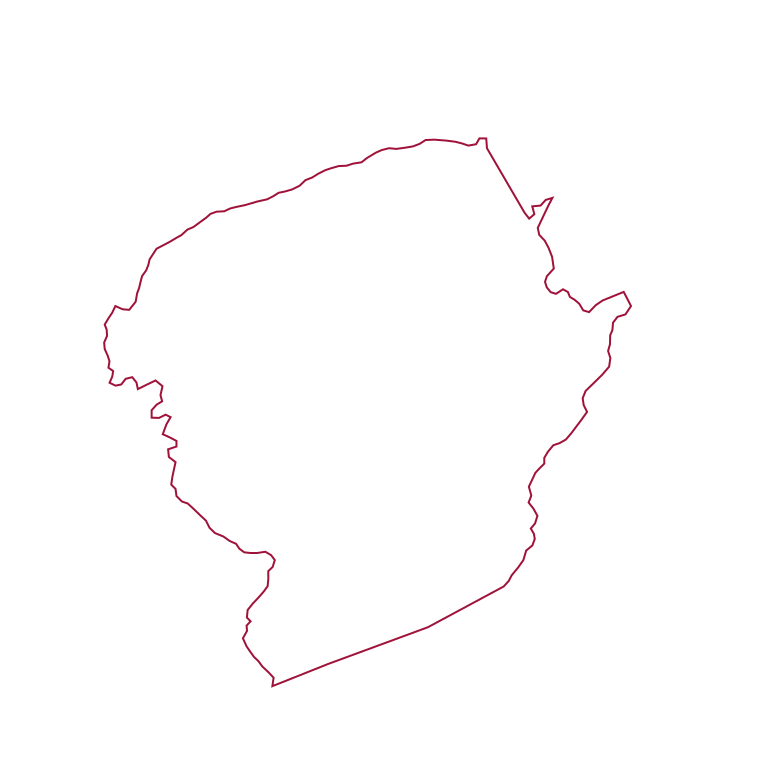 outline of Serra, Espírito Santo, Brazil, rotated 239°
{"feature_id": "56859067B13062321708335", "entity_name": "Serra", "entity_type": "district", "adm_level": 2, "iso_a3": "BRA", "parent_name": "Brazil", "parent_adm1": "Espírito Santo", "projection": "robinson", "projection_center": [-40.286, -20.137], "detail": "fine", "context": "isolated", "style": "outline", "palette": "rose", "viewbox_px": 768, "rotation_deg": 239, "n_neighbors": 0, "source": "geoboundaries", "source_scale": "gbopen_adm2", "svg_char_len": 2830}
<svg xmlns="http://www.w3.org/2000/svg" viewBox="0 0 768 768"><g transform="rotate(239 384 384)"><path d="M339.5,636.9L341.1,626.5L343.0,614.5L342.5,606.1L340.0,596.8L344.5,592.7L352.2,592.7L357.9,590.8L362.9,588.2L368.2,589.0L373.0,586.2L372.7,577.9L376.8,574.2L383.0,573.3L388.6,574.6L392.5,579.1L395.5,589.0L406.5,593.6L416.0,595.2L424.1,595.6L431.9,593.9L438.6,596.2L443.4,603.4L448.2,610.6L452.3,616.8L456.8,624.2L458.5,617.4L456.3,610.1L459.9,602.6L452.1,600.3L451.0,593.6L458.5,592.7L533.1,593.7L541.8,598.1L545.4,592.3L542.1,586.5L544.9,579.1L550.2,574.6L555.0,569.8L560.6,562.7L567.5,553.0L571.7,545.3L571.5,538.2L572.8,531.1L575.6,524.0L579.2,515.6L583.5,509.8L585.7,502.6L586.5,496.0L586.5,485.9L585.6,478.9L588.8,471.1L590.4,464.3L594.1,457.5L596.1,450.1L597.5,444.0L598.1,435.9L598.0,428.7L599.2,421.7L597.4,413.8L598.1,405.4L600.0,398.3L602.2,392.1L602.0,385.9L602.5,378.9L605.6,369.6L608.9,357.1L611.7,349.0L613.7,342.5L614.3,336.1L617.9,329.3L619.2,322.9L618.1,317.0L617.4,309.0L616.7,301.5L617.6,294.9L616.0,287.1L616.2,281.2L616.2,273.8L616.7,265.1L617.1,258.7L614.5,253.3L611.5,247.2L607.6,243.5L603.9,238.7L601.1,232.2L596.7,227.7L592.4,223.5L588.8,219.0L582.4,213.5L578.8,203.8L582.7,198.4L589.2,193.9L585.1,187.8L582.4,182.0L578.8,175.2L573.5,174.3L567.9,171.4L563.7,165.5L557.8,162.6L550.8,161.8L544.9,160.4L539.9,156.2L534.6,158.5L530.4,155.0L526.4,149.4L520.9,153.0L518.9,158.5L521.5,165.3L519.5,171.7L512.8,172.6L506.4,170.4L505.7,179.3L504.7,190.0L496.2,193.0L489.6,186.7L483.4,184.9L483.4,178.5L481.2,171.3L474.8,167.5L470.8,173.7L470.2,181.0L465.5,184.0L461.4,176.6L454.9,168.5L448.5,172.9L442.1,176.8L437.3,173.9L439.2,165.3L432.2,162.0L424.4,165.1L418.7,159.7L413.2,154.6L407.3,149.8L401.5,151.3L394.8,148.4L387.3,150.3L382.7,154.2L374.9,156.5L365.9,158.9L358.6,161.0L350.5,160.4L343.2,162.4L336.0,167.8L328.7,171.0L323.2,174.9L317.3,175.2L311.7,177.5L308.0,182.4L304.4,188.4L301.3,195.9L295.4,199.1L289.3,199.7L284.5,194.3L283.2,188.4L276.7,184.6L270.6,180.1L268.0,173.9L265.5,166.1L263.4,158.5L260.5,150.7L254.4,146.2L249.3,147.4L247.7,141.8L242.9,139.4L238.7,132.1L229.8,131.1L224.5,131.4L216.9,132.0L211.3,133.6L204.6,134.2L196.4,136.5L189.1,138.1L182.5,132.7L172.9,191.3L171.8,197.2L152.9,296.4L148.8,382.4L151.0,389.6L154.3,395.0L157.6,404.4L161.3,412.8L168.0,420.1L169.2,428.0L173.5,433.4L178.3,435.3L184.5,435.4L186.7,441.7L192.0,447.6L200.1,447.9L207.9,446.9L212.5,452.8L221.4,455.3L226.7,463.3L229.8,467.8L231.5,473.4L233.2,480.4L238.1,483.3L241.5,489.6L244.3,497.6L242.9,504.0L242.7,511.2L245.2,518.8L248.3,526.5L251.6,534.7L255.5,543.7L263.1,544.3L269.5,547.0L274.2,553.2L277.4,566.9L279.5,575.6L282.9,585.9L289.7,591.4L296.9,593.1L301.7,598.2L309.3,603.0L312.5,607.5L318.6,611.9L321.3,618.7L319.3,626.8L323.6,635.9L339.5,636.9Z" fill="none" stroke="#9f1239" stroke-width="2"/></g></svg>